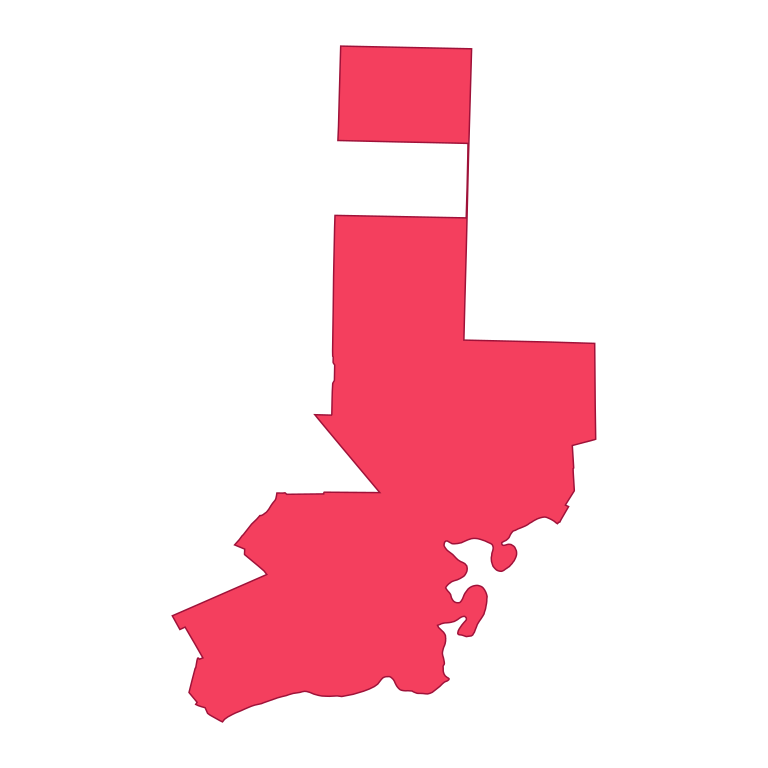 the district of Bucu, Ialomita, Romania
{"feature_id": "2599482B24395794596837", "entity_name": "Bucu", "entity_type": "district", "adm_level": 2, "iso_a3": "ROU", "parent_name": "Romania", "parent_adm1": "Ialomita", "projection": "robinson", "projection_center": [27.493, 44.63], "detail": "fine", "context": "isolated", "style": "filled", "palette": "rose", "viewbox_px": 768, "rotation_deg": 0, "n_neighbors": 0, "source": "geoboundaries", "source_scale": "gbopen_adm2", "svg_char_len": 6128}
<svg xmlns="http://www.w3.org/2000/svg" viewBox="0 0 768 768"><path d="M195.2,668.2L192.1,680.1L189.0,692.5L197.1,702.3L195.7,704.4L198.2,705.6L201.2,706.6L205.1,707.7L207.6,713.3L209.7,714.9L211.6,716.0L220.0,720.7L222.5,721.9L223.8,720.2L224.2,719.7L224.9,719.0L228.0,716.8L230.1,715.7L232.3,714.5L235.6,712.9L240.8,710.8L244.3,709.2L248.5,707.4L251.4,706.2L254.7,705.1L261.5,703.6L263.7,702.7L277.6,697.8L282.4,696.5L286.2,695.6L289.0,694.6L293.2,693.4L299.9,692.4L302.3,691.7L304.6,691.3L306.7,691.5L309.9,692.4L313.9,694.1L318.6,695.4L321.9,696.0L326.0,696.2L329.4,696.3L337.2,695.9L340.9,696.4L341.8,696.5L353.1,694.3L363.5,691.2L369.3,689.0L374.4,686.5L377.7,684.1L381.2,679.6L382.7,678.0L384.3,677.1L385.9,676.7L388.5,676.6L389.3,676.6L390.3,676.9L391.2,677.5L392.3,678.5L393.3,679.5L394.3,681.1L395.3,683.4L396.4,685.5L397.1,686.6L398.6,688.4L400.0,689.6L401.3,690.2L403.2,690.6L405.5,690.8L407.9,690.7L412.0,691.0L413.5,691.9L415.2,692.6L417.1,693.3L418.7,693.4L420.4,693.4L422.9,693.5L425.5,693.8L427.7,693.9L430.0,693.3L432.3,692.3L435.4,689.9L439.8,686.4L442.5,683.7L444.3,682.2L445.4,681.6L447.1,681.0L448.1,680.3L448.9,679.6L449.1,678.9L449.0,678.7L448.4,678.1L447.4,677.6L445.2,675.9L444.0,673.9L443.4,672.0L443.2,670.6L443.2,669.7L443.2,668.1L443.1,667.0L443.1,666.2L443.5,665.4L444.2,664.3L444.4,663.4L444.2,661.7L444.0,660.7L443.8,659.6L443.4,657.7L442.8,655.8L442.4,653.7L442.5,651.9L443.2,648.9L443.8,647.0L444.5,645.5L445.1,643.7L445.6,641.0L445.6,639.5L445.7,638.4L445.5,637.2L445.5,635.9L445.2,635.0L444.7,634.0L444.2,633.2L443.5,632.2L442.3,631.1L441.3,630.1L438.6,627.5L438.0,626.3L437.5,625.3L440.1,624.4L441.2,623.8L443.3,623.2L445.0,622.9L446.9,622.8L449.2,622.6L451.0,622.3L452.8,621.8L454.1,621.5L455.1,621.0L456.2,620.4L457.1,619.9L458.4,619.0L459.3,618.3L460.1,617.8L460.9,617.3L461.9,616.8L463.1,616.5L464.1,616.3L464.9,616.5L465.6,617.2L466.1,617.5L466.3,618.3L466.4,619.1L466.3,619.8L465.7,620.6L463.8,622.7L462.8,623.9L461.8,625.1L461.0,626.3L460.1,627.6L459.3,628.8L458.3,630.7L457.9,632.3L457.8,633.7L458.5,634.5L459.6,634.8L461.5,635.0L463.2,635.5L464.6,636.0L466.3,636.6L469.0,636.2L471.3,635.9L472.7,635.0L473.4,633.7L474.4,632.2L475.3,629.7L476.0,628.0L476.6,626.5L477.3,624.5L478.4,622.7L479.3,621.2L481.0,618.8L482.7,616.2L484.0,614.0L484.4,612.3L485.5,609.0L486.1,605.5L486.5,603.6L486.8,601.0L486.8,599.2L487.1,596.6L486.8,595.2L486.5,594.1L485.8,592.2L485.0,590.7L484.7,590.1L483.8,588.8L483.2,588.0L482.1,587.0L480.8,586.3L479.3,585.8L477.8,585.4L476.4,585.4L474.9,585.6L473.5,585.9L472.3,586.3L471.0,586.9L469.7,587.7L468.2,588.9L467.2,590.2L466.1,591.7L465.0,593.2L464.2,594.7L462.6,598.7L461.4,600.8L460.4,602.0L459.6,602.6L457.9,602.8L456.2,602.6L454.7,602.0L453.5,601.1L452.4,599.6L451.5,597.9L451.1,596.5L450.6,594.5L449.3,592.6L447.9,591.1L446.8,589.7L445.6,587.9L446.5,586.3L447.6,585.0L448.2,584.4L449.2,583.5L450.4,582.7L451.5,581.8L453.9,580.8L455.3,580.4L457.3,579.8L458.8,579.1L460.3,578.4L462.1,577.3L463.1,576.7L464.4,575.7L465.3,574.4L466.2,572.8L466.8,571.5L467.1,570.0L467.2,568.5L467.0,567.1L466.7,565.8L465.9,564.9L464.8,563.6L462.6,562.4L460.7,561.6L458.0,559.9L456.2,558.2L454.4,556.3L452.7,554.5L448.3,551.2L447.0,550.1L446.1,549.0L444.8,547.2L444.0,545.5L444.2,543.9L444.6,542.2L446.0,541.0L447.3,541.0L448.7,541.8L450.5,542.8L452.1,543.7L454.0,543.8L455.6,543.7L457.7,543.5L459.5,543.1L461.5,542.7L462.7,542.1L466.3,540.5L468.2,539.7L469.8,539.2L471.2,538.7L473.6,538.4L475.0,538.4L476.4,538.5L477.9,538.7L479.5,539.1L481.2,539.6L482.9,540.2L485.0,540.9L487.5,542.1L490.2,543.3L491.3,543.9L492.2,544.6L492.9,546.2L493.2,547.6L493.1,549.0L492.7,550.8L491.9,553.3L491.7,555.6L491.3,557.4L491.3,558.9L491.5,561.4L492.2,563.8L493.0,566.2L494.2,567.7L495.2,568.8L496.5,570.0L498.2,570.8L499.9,571.2L501.3,571.3L502.2,571.1L502.9,570.8L503.9,570.3L504.8,569.6L505.6,569.0L506.9,568.2L508.1,567.3L509.4,566.5L510.4,565.3L512.1,563.5L513.1,562.0L514.1,560.8L514.6,559.8L515.4,558.2L515.9,557.0L516.4,555.4L516.6,554.1L516.6,552.7L516.5,551.6L516.3,550.6L515.8,549.6L515.3,548.4L514.7,547.2L513.6,546.1L512.5,545.4L511.0,544.5L509.4,544.3L508.3,544.3L507.2,544.5L506.0,544.9L505.0,545.2L503.6,545.4L502.5,545.1L501.9,544.3L501.7,542.9L502.0,542.4L502.8,542.0L504.0,541.3L506.0,540.4L507.8,538.9L509.0,537.6L509.6,536.4L510.3,534.8L511.4,533.1L512.5,531.7L513.1,531.1L514.0,530.7L515.4,530.3L517.8,529.0L520.4,528.0L522.4,527.2L525.4,525.9L527.6,524.7L529.5,523.3L532.0,521.9L533.3,521.0L534.7,520.2L535.9,519.6L537.0,519.0L538.5,518.4L540.0,517.9L541.5,517.5L542.9,517.2L544.9,517.0L546.4,517.3L547.9,517.9L549.5,518.6L551.1,519.4L552.7,520.3L554.3,521.3L555.9,522.7L557.4,523.7L558.9,522.2L559.8,522.1L561.0,519.7L568.6,506.6L565.4,505.1L566.2,503.7L574.2,491.0L574.3,490.3L573.2,471.9L573.1,468.7L573.7,468.0L572.3,445.5L594.3,439.7L595.7,439.2L595.2,405.4L594.7,343.4L548.0,342.0L463.9,340.1L463.9,339.4L464.9,299.8L466.3,248.4L468.5,156.9L471.6,48.8L428.3,47.9L340.7,46.1L339.4,92.3L338.5,126.3L337.9,140.5L398.2,141.9L422.7,142.4L455.4,143.1L468.0,143.4L467.8,156.4L467.1,187.4L466.2,217.9L335.5,215.4L335.0,215.4L334.6,227.6L333.6,276.1L333.2,310.7L332.6,350.9L332.7,356.2L333.1,356.8L333.2,357.3L333.1,362.3L333.5,363.3L334.7,365.0L334.4,380.3L334.3,380.6L333.0,382.8L332.7,383.6L332.3,391.4L332.1,399.2L331.9,410.2L331.8,414.4L331.7,414.8L331.5,415.1L330.0,415.1L314.8,414.7L318.3,419.0L328.0,430.7L341.2,446.5L379.8,492.6L377.1,492.6L324.2,492.2L323.8,492.9L323.7,493.9L305.1,494.1L286.7,494.3L286.2,493.8L285.0,492.8L282.9,493.1L276.9,493.0L276.8,493.6L276.5,495.6L275.9,498.5L275.2,500.1L272.5,503.4L271.0,505.6L268.8,509.2L267.1,511.4L266.2,512.4L265.4,512.9L263.4,514.4L262.8,514.8L261.8,515.3L261.2,515.5L260.6,515.6L260.1,515.5L259.8,515.6L259.5,516.0L259.1,516.5L256.6,519.3L251.6,524.1L243.3,534.7L242.1,535.8L239.4,539.5L234.6,544.9L244.7,549.1L244.5,553.9L244.5,554.2L244.6,554.6L253.6,562.1L258.2,565.9L264.1,571.0L266.8,574.5L192.3,607.1L172.3,615.8L179.9,629.5L185.1,627.1L194.9,643.9L202.9,657.9L199.3,659.2L198.6,658.2L198.0,658.0L197.5,658.6L197.0,660.4L195.7,667.9L195.2,668.2Z" fill="#f43f5e" stroke="#9f1239" stroke-width="1.5"/></svg>